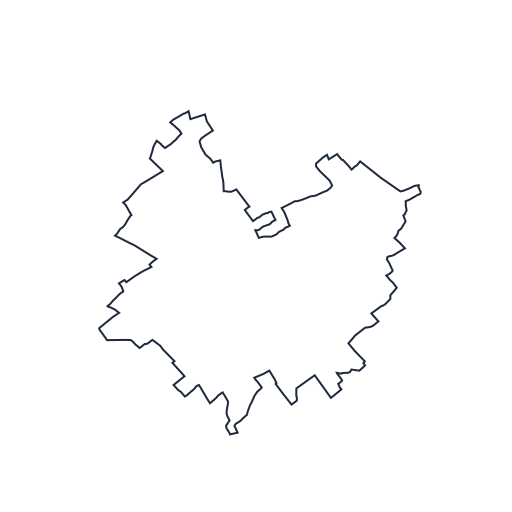 Maní, Yucatán, Mexico, rotated 44°
{"feature_id": "50627088B1882367012373", "entity_name": "Maní", "entity_type": "district", "adm_level": 2, "iso_a3": "MEX", "parent_name": "Mexico", "parent_adm1": "Yucatán", "projection": "orthographic", "projection_center": [-89.371, 20.39], "detail": "fine", "context": "isolated", "style": "outline", "palette": "slate", "viewbox_px": 512, "rotation_deg": 44, "n_neighbors": 0, "source": "geoboundaries", "source_scale": "gbopen_adm2", "svg_char_len": 5894}
<svg xmlns="http://www.w3.org/2000/svg" viewBox="0 0 512 512"><g transform="rotate(44 256 256)"><path d="M140.5,339.3L144.4,338.0L146.3,337.4L148.3,336.8L150.2,336.2L152.2,335.6L154.2,335.0L156.2,334.4L158.1,333.8L159.1,333.4L161.0,332.8L162.1,332.6L163.5,332.2L165.5,331.8L166.4,331.6L168.3,331.2L168.7,331.1L173.9,330.0L174.7,329.8L177.8,329.2L179.6,328.8L181.9,328.2L184.2,327.6L186.4,327.1L186.0,329.5L185.5,333.1L185.4,336.2L188.4,336.6L186.6,341.7L185.9,343.5L184.7,347.3L182.7,355.3L180.9,364.9L178.1,364.6L176.4,370.9L179.3,371.2L180.6,371.5L183.4,372.7L185.2,373.8L184.6,376.4L184.3,378.0L184.3,380.3L184.3,382.3L184.3,384.9L184.1,386.6L184.2,387.2L184.3,389.6L184.4,392.1L184.0,395.2L185.1,395.1L187.4,393.9L190.6,392.9L191.6,392.5L194.5,392.3L197.0,392.0L196.6,393.7L196.4,394.7L196.2,395.7L195.4,399.1L194.9,403.6L194.6,406.1L194.2,409.1L194.2,409.5L193.9,412.0L193.4,415.8L193.4,417.0L194.8,417.7L195.0,417.8L199.9,418.6L202.0,419.0L203.8,419.3L204.6,419.4L204.7,419.5L206.1,419.8L207.3,420.0L218.9,408.5L224.2,403.5L225.5,403.3L226.3,403.2L227.1,403.1L228.2,403.2L230.1,403.3L230.8,403.5L232.4,403.2L236.1,403.1L236.6,400.5L236.8,398.4L237.2,396.4L238.1,395.6L238.9,394.1L239.2,392.1L239.4,390.2L239.8,388.3L249.3,387.1L254.3,387.9L270.4,388.3L270.1,390.9L286.1,392.0L288.1,392.2L286.3,406.0L292.9,406.5L296.5,405.9L302.4,406.5L302.8,405.3L303.1,403.6L303.1,402.3L303.2,401.1L303.4,399.9L303.4,399.1L303.6,397.6L303.7,396.8L303.9,395.0L303.8,393.6L303.5,391.9L303.7,390.7L304.0,389.8L304.3,388.9L304.6,388.4L315.3,391.3L318.4,392.2L325.2,393.9L325.9,386.1L325.8,384.5L325.8,383.5L325.7,381.9L326.2,380.7L326.2,379.9L326.4,378.6L326.8,377.3L327.2,377.5L328.8,377.8L329.6,378.0L331.2,378.4L332.0,378.6L332.8,378.9L333.6,379.1L334.4,379.3L335.3,379.6L337.1,380.2L337.5,380.7L338.0,381.5L338.9,382.3L340.0,384.2L340.9,385.6L341.6,386.6L342.4,387.6L343.8,389.2L344.2,389.7L345.2,390.3L345.8,390.7L346.9,391.2L347.7,391.4L348.6,391.7L349.8,392.2L350.7,392.5L351.3,392.7L351.3,393.9L351.7,395.4L351.8,396.1L352.0,397.0L352.4,399.1L353.4,399.6L354.8,400.5L356.4,400.9L358.1,401.3L360.4,401.9L361.2,402.4L361.6,401.8L362.1,401.0L363.0,399.7L364.3,397.7L364.8,397.0L365.5,395.9L364.2,395.4L361.7,394.4L359.1,393.4L358.5,393.1L358.3,392.2L358.2,391.6L358.0,390.9L358.1,390.4L358.4,389.4L358.9,387.6L359.2,386.5L359.2,386.0L359.4,384.3L359.3,382.3L359.8,376.7L357.7,372.8L355.3,367.4L354.4,364.0L352.1,357.9L351.2,352.8L351.6,348.4L351.5,346.6L343.8,345.3L342.8,345.4L339.3,344.8L343.1,336.1L345.2,329.2L355.1,331.7L359.1,333.3L359.0,334.4L370.5,336.2L384.8,338.2L385.8,331.8L384.4,330.0L381.8,328.3L377.4,323.6L377.0,323.2L377.4,321.0L381.1,301.0L408.5,306.0L410.1,292.6L407.8,292.4L403.9,290.8L404.4,288.5L404.6,285.9L403.1,285.3L396.2,284.2L395.3,283.9L396.0,283.3L397.2,282.7L398.5,281.8L399.3,281.0L399.6,280.0L400.6,278.9L403.5,275.9L404.2,273.7L403.5,271.4L410.0,266.7L410.5,259.0L407.7,258.5L407.5,256.2L392.6,255.7L383.2,254.6L383.0,252.3L382.9,249.2L382.5,244.4L384.3,231.7L386.3,229.3L387.8,227.1L388.6,224.9L389.1,221.2L389.5,218.0L386.7,217.8L378.9,217.2L381.0,204.7L381.6,203.9L381.9,203.2L382.4,201.0L382.5,193.6L379.9,190.9L379.5,182.9L379.2,181.0L375.4,180.5L373.0,180.0L371.1,180.1L369.7,180.2L367.3,179.9L363.3,179.5L364.4,176.3L364.7,173.0L364.5,171.6L356.9,168.6L352.5,167.5L351.2,165.2L352.8,162.4L353.5,161.7L354.1,160.3L354.6,159.3L354.8,157.9L357.8,147.0L349.6,146.6L343.1,146.9L343.1,145.8L343.1,144.1L342.3,141.3L341.0,139.2L341.4,135.6L339.6,127.3L338.6,126.7L337.4,126.1L333.8,124.5L334.0,121.9L333.2,120.9L332.8,118.7L328.1,115.2L327.1,113.9L326.1,113.2L325.6,112.7L327.3,108.8L328.1,106.1L328.7,103.8L329.2,102.2L329.5,101.0L330.0,99.3L330.7,98.1L331.0,97.5L330.6,96.5L330.3,95.9L329.5,95.2L328.5,95.0L327.7,94.7L326.8,94.3L326.4,94.0L326.0,93.9L325.5,93.8L325.1,93.7L324.8,93.4L324.4,92.8L324.4,92.7L324.3,92.2L323.9,92.0L321.3,95.5L319.2,101.2L316.5,107.1L315.0,109.2L291.8,113.0L277.3,114.4L273.3,114.8L265.2,115.6L265.5,120.0L265.5,121.5L265.0,122.6L264.8,124.3L265.0,126.0L264.6,127.6L262.4,127.1L259.9,126.9L251.9,126.5L250.7,127.2L245.2,126.6L244.4,126.5L243.6,126.3L241.2,135.9L236.8,133.9L235.7,138.7L235.0,147.7L236.8,149.8L243.2,150.6L256.6,150.6L261.8,152.4L262.3,155.1L261.6,159.8L259.7,164.0L257.2,170.6L256.2,172.2L255.0,173.8L254.5,174.2L253.5,175.8L252.3,178.7L249.8,184.1L247.7,187.7L245.8,189.8L244.4,194.4L241.1,203.7L245.9,204.8L252.8,207.8L255.5,209.2L256.8,210.1L259.3,210.7L258.4,213.4L257.5,215.2L257.4,218.4L256.7,219.9L255.8,222.8L255.7,226.3L253.8,231.1L247.9,236.9L245.4,241.0L237.6,237.9L239.8,235.8L240.2,233.9L240.3,231.7L241.0,229.1L242.7,225.8L243.7,223.8L243.9,222.1L243.8,220.0L245.0,216.6L240.1,214.8L236.3,213.4L235.0,215.2L234.4,217.3L233.2,218.6L233.0,219.8L232.1,221.0L231.5,225.6L231.2,226.5L230.5,227.5L230.2,230.0L229.6,233.0L222.6,231.8L216.0,230.7L216.5,226.6L217.0,225.1L195.6,221.8L193.7,226.7L192.4,228.1L191.2,229.1L188.5,231.0L187.8,231.8L185.4,229.6L182.7,226.9L179.4,224.1L177.6,223.1L175.8,221.7L171.5,218.3L169.5,216.8L163.9,212.0L161.0,216.4L160.4,218.7L156.1,217.8L148.9,218.1L147.0,217.5L140.7,215.7L135.7,212.7L135.0,209.6L135.7,205.2L137.8,195.7L127.1,193.3L121.0,189.6L113.7,203.1L106.9,198.7L105.9,202.6L105.0,204.0L103.3,210.3L101.8,215.3L101.5,219.5L105.9,219.1L110.5,219.0L113.4,218.8L117.4,219.8L117.2,223.7L117.5,227.4L117.5,228.9L117.2,230.7L117.1,233.1L117.0,234.8L116.2,238.2L115.9,239.7L115.8,240.5L115.8,241.0L115.5,241.5L115.2,241.7L114.8,241.5L113.8,241.6L112.6,241.7L112.0,241.8L110.8,241.8L109.8,241.5L104.5,242.1L105.0,244.1L106.0,247.7L106.9,249.7L108.7,252.8L111.8,259.1L111.9,259.6L130.0,259.6L127.2,270.4L125.3,277.7L123.4,284.4L123.8,290.9L124.5,304.5L123.3,309.8L126.0,309.8L127.8,310.1L130.1,310.8L134.0,312.0L138.0,313.1L137.8,314.5L138.9,320.5L139.2,321.2L139.9,323.8L140.3,327.7L139.5,330.7L140.6,336.8L140.5,339.3Z" fill="none" stroke="#1e293b" stroke-width="2"/></g></svg>